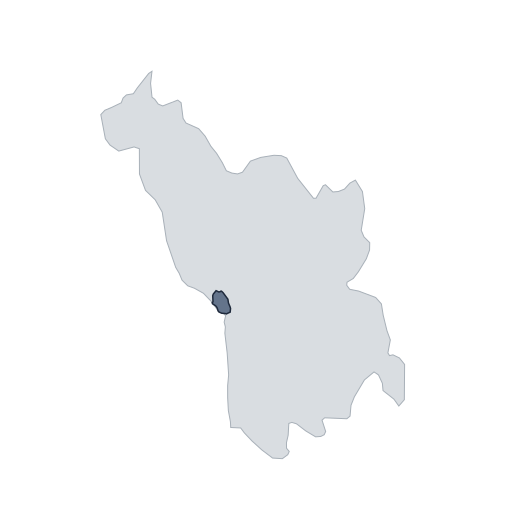 location of Solcava within Slovenia, rotated 257°
{"feature_id": "SVN-251", "entity_name": "Solcava", "entity_type": "Municipality", "adm_level": 1, "iso_a3": "SVN", "parent_name": "Slovenia", "parent_adm1": "", "projection": "equal_earth", "projection_center": [14.658, 46.411], "detail": "fine", "context": "in_parent", "style": "filled", "palette": "slate", "viewbox_px": 512, "rotation_deg": 257, "n_neighbors": 0, "source": "natural_earth", "source_scale": "10m", "svg_char_len": 2123}
<svg xmlns="http://www.w3.org/2000/svg" viewBox="0 0 512 512"><g transform="rotate(257 256 256)"><path d="M459.4,196.2L447.9,192.1L434.1,190.4L431.5,192.6L426.0,194.9L423.2,198.9L425.5,214.8L422.2,217.5L406.5,215.9L401.3,217.7L392.9,228.8L384.2,233.4L373.1,236.7L364.9,240.7L354.5,244.2L345.7,246.3L342.2,251.2L340.1,256.5L340.7,261.7L349.7,271.9L351.0,282.8L350.1,296.1L348.1,303.2L344.5,308.0L322.3,314.1L299.3,325.0L298.8,327.5L309.4,337.3L309.8,339.7L301.1,345.3L300.3,350.8L301.3,357.3L305.9,363.9L307.6,369.9L294.9,374.2L277.7,372.6L257.4,364.3L250.3,365.5L243.4,369.8L236.3,368.0L228.5,362.9L217.6,352.2L212.2,345.7L210.0,338.8L207.1,337.8L202.5,339.8L198.7,348.2L188.6,363.3L181.1,367.4L169.7,366.6L153.8,366.8L144.0,368.0L131.9,362.7L128.9,363.7L128.9,367.2L124.4,372.8L116.9,376.4L82.6,368.2L77.7,361.4L85.5,358.2L96.3,349.5L103.6,350.5L112.6,348.6L116.5,344.9L110.9,333.8L96.7,320.2L89.2,315.0L78.8,311.6L77.0,307.9L82.9,286.5L81.2,283.4L69.3,284.4L66.5,282.2L65.6,278.5L66.4,273.4L74.4,265.1L83.4,257.7L85.8,253.5L85.5,250.3L74.1,247.0L67.3,243.7L61.8,242.5L58.1,244.4L55.3,242.3L52.6,236.1L55.4,226.7L65.7,218.1L76.8,210.4L86.4,204.8L91.9,202.4L94.6,192.8L100.3,193.8L111.6,194.3L124.2,196.5L136.0,199.2L146.3,202.6L168.0,206.1L187.8,208.3L193.8,210.2L198.7,210.1L204.7,213.0L208.2,210.8L210.8,206.9L221.6,202.3L231.5,196.4L238.4,188.8L242.3,182.8L249.1,178.5L256.4,177.3L263.0,175.2L291.0,172.3L319.8,174.5L333.5,170.4L344.8,163.1L361.2,161.0L362.1,160.9L386.8,166.5L388.7,163.3L389.7,161.8L389.1,145.9L396.9,138.7L404.1,135.6L428.7,136.6L432.0,141.5L433.3,149.0L435.6,159.2L439.8,162.0L442.1,166.0L441.7,173.0L446.6,178.3L458.0,192.5L459.4,196.2Z" fill="#d9dde1" stroke="#a8b0b8" stroke-width="1"/><path d="M219.8,202.8L220.6,202.9L221.0,203.8L227.0,204.9L228.5,205.8L231.2,209.3L229.3,211.7L229.3,213.2L229.6,213.7L229.7,214.1L229.0,214.8L227.6,215.7L220.2,218.9L216.3,218.6L212.4,219.3L210.6,219.4L207.1,218.2L206.4,214.7L206.2,214.3L206.9,212.9L208.0,209.6L209.9,207.2L211.1,206.7L214.0,206.5L215.3,206.1L216.6,205.4L219.2,202.9L219.8,202.8Z" fill="#64748b" stroke="#1e293b" stroke-width="1.5"/></g></svg>